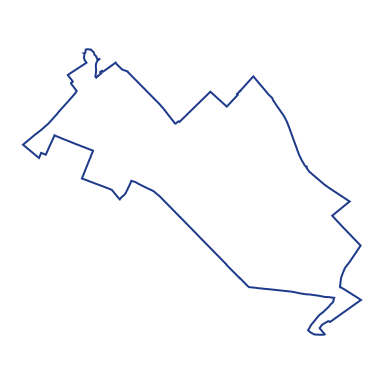 Dragoesti, Ialomita, Romania (Equal Earth projection)
{"feature_id": "2599482B30507331173389", "entity_name": "Dragoesti", "entity_type": "district", "adm_level": 2, "iso_a3": "ROU", "parent_name": "Romania", "parent_adm1": "Ialomita", "projection": "equal_earth", "projection_center": [26.544, 44.558], "detail": "fine", "context": "isolated", "style": "outline", "palette": "blue", "viewbox_px": 384, "rotation_deg": 0, "n_neighbors": 0, "source": "geoboundaries", "source_scale": "gbopen_adm2", "svg_char_len": 4607}
<svg xmlns="http://www.w3.org/2000/svg" viewBox="0 0 384 384"><path d="M330.0,322.0L330.4,321.7L330.9,321.3L333.3,319.7L335.4,318.1L337.3,316.8L338.8,315.7L344.5,311.7L354.7,304.4L361.0,300.0L359.6,299.1L358.6,298.4L357.8,297.8L356.9,297.3L355.4,296.3L352.7,294.7L351.5,293.9L350.6,293.3L349.8,292.8L347.2,291.2L346.6,290.8L345.0,289.8L343.7,289.0L343.1,288.7L341.9,288.0L340.7,287.1L340.3,286.9L340.0,287.1L339.9,286.8L340.2,285.2L340.7,280.7L340.9,279.4L341.0,278.0L341.4,277.0L343.2,272.1L344.1,270.1L344.4,269.4L344.5,268.6L348.1,263.9L350.0,261.4L360.6,245.6L341.7,225.9L332.2,215.7L341.7,207.9L345.9,204.5L349.7,201.5L328.9,187.8L324.3,184.5L310.4,172.6L309.2,171.6L308.7,171.0L306.3,167.4L306.8,166.8L304.7,165.5L304.3,164.6L302.6,161.7L302.0,160.8L300.4,157.5L298.9,154.5L297.0,149.1L291.0,132.7L290.3,130.8L289.7,128.9L288.5,125.8L288.1,124.8L286.9,121.8L285.2,118.4L282.9,114.4L281.0,111.8L277.8,107.2L276.8,105.8L275.0,103.0L272.9,99.9L272.4,98.3L271.7,97.5L270.5,96.4L268.5,94.4L253.3,76.4L240.6,90.4L240.2,90.7L240.4,90.9L237.0,94.0L237.8,94.8L237.0,95.7L226.8,106.6L210.8,92.1L210.4,91.7L194.9,106.8L179.5,121.9L179.3,121.7L178.9,121.4L178.4,121.4L178.0,121.6L175.7,123.6L175.4,123.6L175.1,123.5L174.8,123.3L173.4,121.3L171.4,118.9L163.6,108.8L159.3,103.9L127.8,72.0L127.7,71.5L122.1,69.5L116.5,64.0L115.7,62.6L105.0,70.3L102.9,71.7L102.0,70.8L100.1,72.1L101.3,73.4L98.1,75.7L98.2,75.9L96.2,77.6L95.3,76.4L95.6,75.3L95.8,73.9L96.1,70.5L95.8,65.5L96.2,63.2L97.3,60.9L99.4,59.3L99.4,59.0L97.3,59.4L96.9,58.2L96.0,56.1L94.5,54.8L94.2,53.7L93.6,52.1L92.5,51.2L91.3,50.2L91.1,49.6L90.9,49.5L89.2,49.5L88.3,49.2L87.8,49.2L85.7,49.6L85.5,51.4L85.3,52.9L84.7,53.2L84.0,53.3L84.3,53.5L84.4,53.9L84.4,54.3L84.3,55.1L84.1,56.8L83.9,57.5L84.1,58.3L84.5,59.6L84.9,60.5L86.5,62.7L84.7,63.9L68.0,74.8L67.8,75.0L72.8,81.5L72.8,81.8L71.7,82.5L71.1,82.9L71.0,83.2L71.0,83.3L71.1,83.7L76.7,91.0L75.7,92.3L75.6,92.8L69.3,100.1L61.9,108.3L59.0,111.5L57.8,112.9L57.7,113.3L53.3,118.1L50.1,121.7L48.6,123.4L41.2,129.9L36.0,134.0L35.1,134.6L23.0,144.7L39.0,158.0L39.8,156.2L40.2,155.3L40.2,155.1L40.9,153.5L41.0,153.1L41.1,152.9L42.3,153.3L45.8,154.7L49.0,147.5L54.5,135.5L54.5,135.4L56.4,136.2L57.7,136.7L59.4,137.4L63.2,139.0L75.7,144.0L91.3,150.0L93.1,150.7L93.1,150.8L91.7,154.1L91.4,154.8L91.3,155.0L91.0,155.8L90.6,157.0L90.1,158.0L89.7,159.1L88.9,161.1L87.1,165.5L83.6,174.3L82.2,177.8L81.9,178.5L86.3,180.1L90.4,181.7L102.2,186.1L103.8,186.7L111.7,189.8L113.2,191.5L114.1,192.7L115.0,193.8L115.3,194.2L115.6,194.5L116.4,195.4L117.2,196.5L118.0,197.3L119.1,198.7L119.8,199.4L120.3,198.6L121.7,197.0L122.9,196.0L124.4,194.8L125.2,193.8L125.4,193.4L126.0,192.4L126.4,191.5L126.7,190.9L127.4,189.6L127.9,188.4L128.7,186.8L129.4,185.4L130.5,183.0L131.3,180.8L135.5,182.1L138.6,183.9L143.2,186.2L144.6,186.9L145.6,187.4L146.3,187.7L146.9,188.0L147.9,188.5L149.8,189.4L151.3,190.0L152.5,190.7L153.5,191.1L155.6,192.9L157.7,194.7L158.3,195.1L158.8,195.6L159.1,195.9L160.0,196.6L160.5,197.1L161.0,197.6L161.6,198.2L161.9,198.6L162.3,198.9L162.8,199.5L163.3,200.0L163.6,200.4L165.1,201.9L165.8,202.5L166.2,203.0L167.0,203.7L167.8,204.6L170.3,207.1L176.8,213.8L178.0,214.9L178.7,215.7L180.2,217.4L180.4,217.3L180.6,217.6L181.0,218.0L181.8,218.8L183.3,220.4L185.2,222.3L187.2,224.4L189.3,226.5L190.4,227.6L193.5,230.8L196.2,233.5L200.1,237.6L206.8,244.4L214.7,252.5L220.8,258.7L221.9,259.8L226.3,264.3L226.3,264.6L228.1,266.5L231.9,270.3L236.9,275.3L239.1,277.6L239.5,278.0L239.6,277.8L241.6,279.8L242.6,280.9L245.1,283.4L247.4,285.8L248.9,287.1L249.2,287.1L252.6,287.5L254.8,287.7L257.6,288.1L261.9,288.5L263.9,288.8L266.0,289.0L266.8,289.0L269.8,289.3L278.1,290.2L285.5,291.0L289.1,291.4L291.4,291.6L294.6,292.2L296.6,292.6L299.2,293.2L301.1,293.5L304.7,294.1L306.4,294.3L306.8,294.4L307.2,294.3L308.2,294.4L310.2,294.5L311.8,294.8L313.5,295.0L315.5,295.3L315.8,295.3L317.8,295.6L319.2,295.8L320.5,296.1L322.7,296.5L323.5,296.7L324.7,296.9L326.1,297.1L327.1,297.0L329.6,297.2L332.9,297.7L334.2,297.8L333.7,299.4L333.5,300.3L333.4,301.2L332.8,302.4L331.0,304.0L330.1,305.0L328.9,306.6L325.5,309.8L323.4,311.9L321.4,313.4L319.2,315.2L317.1,317.6L313.6,322.0L312.1,323.7L310.9,325.3L309.8,327.3L308.4,329.7L308.1,330.3L308.6,330.5L308.9,330.9L310.0,332.1L313.3,333.9L313.9,334.2L314.7,334.5L319.0,334.7L321.2,334.8L323.9,334.6L324.7,334.4L324.8,334.3L322.8,332.0L320.7,329.5L319.8,328.5L319.7,328.2L319.7,327.9L320.2,327.4L322.0,324.8L322.3,324.6L324.3,323.4L326.4,322.2L328.0,321.3L328.6,321.2L328.8,321.2L329.2,321.5L329.4,321.6L329.8,322.0L330.0,322.0L330.0,322.0Z" fill="none" stroke="#1e3a8a" stroke-width="2"/></svg>